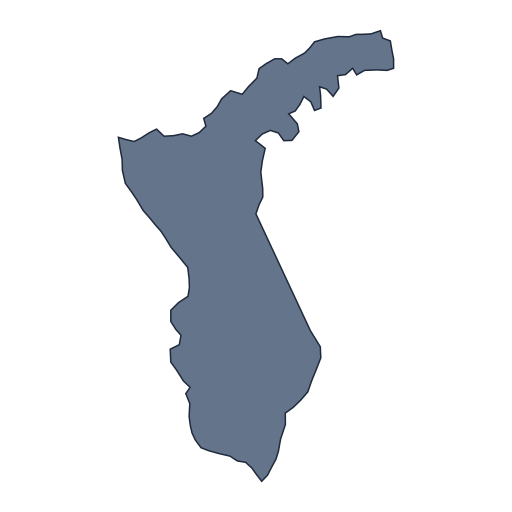 Riacho de Santo Antônio, Paraíba, Brazil
{"feature_id": "56859067B45417589726630", "entity_name": "Riacho de Santo Antônio", "entity_type": "district", "adm_level": 2, "iso_a3": "BRA", "parent_name": "Brazil", "parent_adm1": "Paraíba", "projection": "robinson", "projection_center": [-36.132, -7.684], "detail": "fine", "context": "isolated", "style": "filled", "palette": "slate", "viewbox_px": 512, "rotation_deg": 0, "n_neighbors": 0, "source": "geoboundaries", "source_scale": "gbopen_adm2", "svg_char_len": 1712}
<svg xmlns="http://www.w3.org/2000/svg" viewBox="0 0 512 512"><path d="M390.3,40.9L382.7,38.1L380.4,30.7L370.9,33.9L363.4,34.3L356.0,34.4L349.2,36.8L337.8,36.5L324.7,38.9L314.5,41.8L310.1,47.5L304.7,53.0L295.5,58.0L287.8,63.8L281.7,58.8L274.7,58.8L265.9,63.8L259.1,68.6L256.9,78.1L248.6,86.5L242.2,94.3L230.6,90.7L221.6,98.9L217.2,106.7L211.4,113.4L203.7,118.4L205.9,126.2L199.3,132.5L191.4,136.2L182.6,133.8L173.3,135.7L164.0,136.2L156.6,129.1L149.1,132.8L141.4,137.8L134.2,141.5L126.1,139.6L118.4,137.3L120.0,148.1L122.1,159.4L122.4,170.5L125.4,183.4L131.6,192.0L136.7,199.6L143.1,210.4L149.8,218.1L155.6,225.2L161.0,231.3L165.1,237.5L171.2,247.5L179.3,257.1L187.7,267.4L189.1,278.6L189.4,287.6L188.0,296.3L178.5,302.6L170.8,310.3L170.8,321.5L175.9,329.5L181.0,335.3L179.3,344.7L170.2,349.2L170.8,362.1L176.3,369.7L183.3,380.8L190.1,387.4L185.8,393.6L189.8,403.6L189.1,416.3L190.3,425.5L192.0,432.9L195.2,439.8L201.0,447.7L208.4,450.6L218.7,453.5L229.9,456.1L237.5,461.0L245.6,462.3L251.9,468.1L256.6,474.7L261.7,481.3L267.5,475.2L272.2,466.1L275.9,459.3L278.4,451.4L280.6,439.0L285.4,424.5L285.3,413.1L293.3,407.3L301.0,399.8L307.8,391.9L311.7,380.7L316.2,369.7L320.8,357.9L320.3,346.8L310.4,330.7L255.9,213.9L259.1,204.6L262.8,197.0L262.7,188.4L261.7,180.0L260.8,172.1L262.4,160.7L265.2,148.3L255.4,140.7L262.1,134.1L270.3,130.4L278.4,133.0L283.8,140.7L291.9,140.4L298.9,131.7L297.3,123.8L288.7,113.8L295.2,111.0L299.9,104.4L303.9,96.5L310.8,101.8L314.5,110.5L321.0,108.0L320.6,95.5L319.6,86.8L326.6,89.1L333.1,96.4L338.9,88.1L337.5,75.7L345.5,74.6L352.7,68.3L356.7,74.9L364.5,70.4L376.9,69.9L387.1,70.4L393.6,68.3L393.6,58.8L392.0,50.9L390.3,40.9Z" fill="#64748b" stroke="#1e293b" stroke-width="1.5"/></svg>